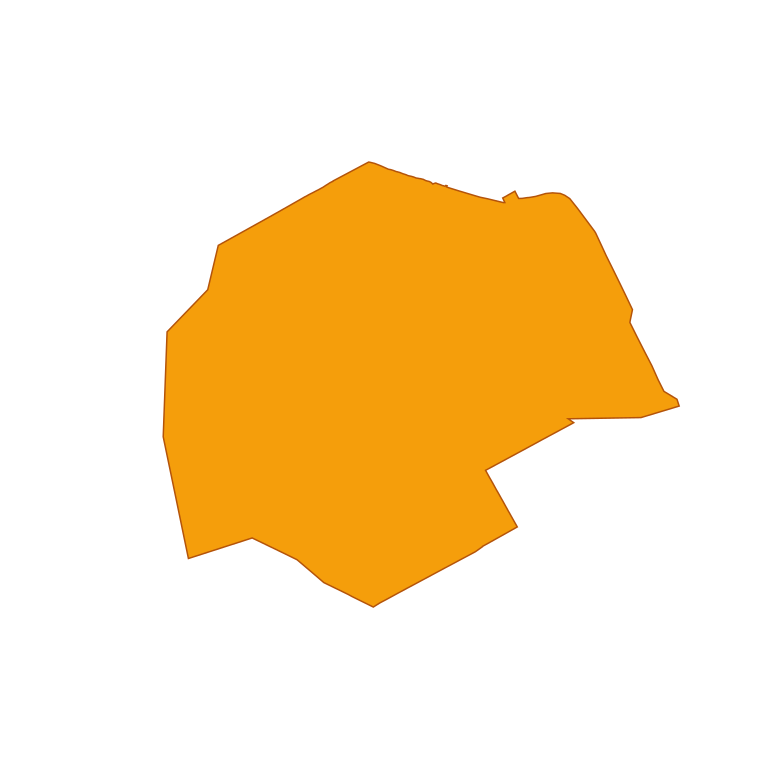 the district of San Francisco Lachigoló, Oaxaca, Mexico, rotated 228°
{"feature_id": "50627088B79182667704581", "entity_name": "San Francisco Lachigoló", "entity_type": "district", "adm_level": 2, "iso_a3": "MEX", "parent_name": "Mexico", "parent_adm1": "Oaxaca", "projection": "mercator", "projection_center": [-96.594, 17.027], "detail": "fine", "context": "isolated", "style": "filled", "palette": "amber", "viewbox_px": 768, "rotation_deg": 228, "n_neighbors": 0, "source": "geoboundaries", "source_scale": "gbopen_adm2", "svg_char_len": 2199}
<svg xmlns="http://www.w3.org/2000/svg" viewBox="0 0 768 768"><g transform="rotate(228 384 384)"><path d="M236.9,463.8L228.3,499.1L234.9,497.6L187.1,552.5L170.1,588.6L176.6,591.5L191.2,587.1L203.9,590.6L218.4,595.3L232.6,599.0L250.1,603.7L265.2,607.9L266.9,610.1L268.3,612.0L271.3,616.1L273.0,618.4L288.2,622.9L300.6,626.5L318.2,631.5L330.8,635.0L340.1,637.9L354.5,642.3L356.6,642.7L365.3,643.5L384.6,645.3L397.5,646.1L403.3,644.6L407.7,642.5L408.6,641.6L413.3,637.1L415.0,634.8L417.3,631.7L421.9,622.3L424.6,618.0L425.6,616.5L426.7,615.1L429.4,611.0L431.8,608.2L439.7,610.3L440.9,604.9L441.4,602.8L441.8,600.7L442.8,596.7L438.0,595.2L438.9,594.1L452.5,584.8L458.5,580.4L464.2,576.9L475.7,569.9L476.5,569.4L487.1,563.1L488.6,562.4L489.1,563.5L490.2,562.8L490.2,561.6L491.6,560.8L492.7,560.0L494.2,559.4L495.4,558.7L496.8,557.9L497.8,557.4L498.7,557.0L499.3,555.9L499.6,555.2L499.9,554.1L500.9,554.0L502.5,553.8L504.1,553.2L506.0,551.9L507.1,551.2L508.8,550.5L509.7,550.2L510.7,549.5L511.9,548.7L512.3,548.4L512.5,548.2L513.2,547.6L513.9,547.1L515.6,545.7L517.9,544.6L520.0,543.3L521.5,542.2L523.1,541.1L524.2,540.7L525.3,540.1L525.7,539.9L527.3,538.9L528.9,538.1L530.6,537.3L531.8,536.5L532.9,535.8L533.7,535.2L535.5,534.3L536.5,533.8L537.0,533.5L537.7,533.1L539.0,532.3L540.6,531.0L546.3,528.5L548.3,527.6L554.1,524.7L558.1,522.0L559.2,521.1L569.0,481.9L568.8,481.6L569.2,480.5L569.7,478.6L570.1,476.1L570.6,473.3L571.0,470.4L571.6,468.0L572.2,465.3L572.8,463.2L573.5,460.4L573.9,458.8L574.4,457.1L575.1,454.4L575.6,452.0L576.1,450.3L576.7,447.4L576.8,446.9L583.3,417.4L589.6,389.7L597.9,353.6L572.0,316.1L567.9,257.7L492.5,184.6L437.0,152.2L385.2,121.9L357.8,183.0L327.2,195.5L311.6,201.8L288.4,204.9L276.7,206.4L252.0,216.4L251.5,216.6L247.5,218.0L225.4,226.8L224.2,233.8L223.8,235.6L222.3,241.5L219.3,254.1L216.8,264.4L214.8,272.4L212.6,281.4L206.4,306.7L198.2,339.7L197.2,348.4L197.4,348.6L194.3,362.1L188.6,387.4L201.5,390.3L203.7,390.8L206.6,391.4L209.0,392.0L211.3,392.5L217.7,394.0L220.5,394.6L223.5,395.3L227.1,396.1L230.0,396.7L233.4,397.5L237.2,398.4L239.5,398.9L242.2,399.5L243.7,399.8L251.9,401.7L240.4,449.1L236.9,463.8Z" fill="#f59e0b" stroke="#b45309" stroke-width="1.5"/></g></svg>